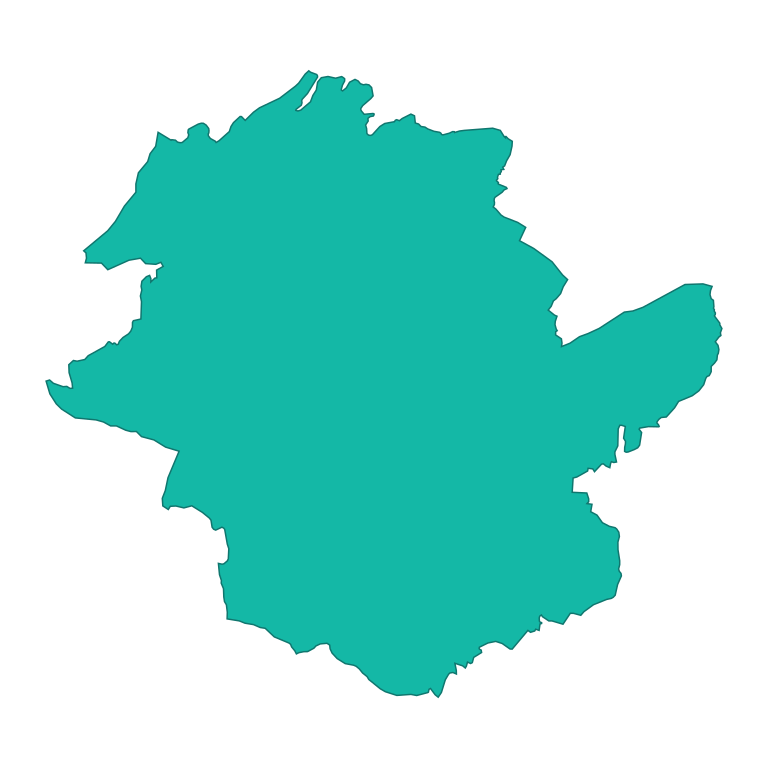 outline of Bughea De Jos, Arges, Romania
{"feature_id": "2599482B13114483704402", "entity_name": "Bughea De Jos", "entity_type": "district", "adm_level": 2, "iso_a3": "ROU", "parent_name": "Romania", "parent_adm1": "Arges", "projection": "mercator", "projection_center": [24.999, 45.275], "detail": "fine", "context": "isolated", "style": "filled", "palette": "teal", "viewbox_px": 768, "rotation_deg": 0, "n_neighbors": 0, "source": "geoboundaries", "source_scale": "gbopen_adm2", "svg_char_len": 6072}
<svg xmlns="http://www.w3.org/2000/svg" viewBox="0 0 768 768"><path d="M438.2,697.2L441.4,692.5L445.3,679.8L448.6,674.2L449.9,673.0L452.9,672.5L456.4,674.0L456.3,670.4L454.9,663.3L462.6,665.8L465.3,668.0L466.4,666.1L467.5,662.1L470.6,663.5L472.3,662.6L473.7,657.4L481.6,652.5L481.2,650.1L479.5,649.2L479.1,648.3L479.4,647.2L487.9,643.0L495.7,641.4L502.2,643.5L510.0,649.0L512.2,649.1L527.9,630.4L530.5,632.3L534.7,631.0L535.7,629.2L539.1,630.4L540.0,624.0L541.6,623.5L541.6,622.6L540.2,622.2L539.4,621.1L539.2,618.0L539.7,616.2L541.4,615.0L542.5,616.7L548.8,620.9L551.9,620.9L563.0,624.2L570.3,613.3L573.4,613.3L580.8,615.3L583.9,611.7L593.5,604.7L606.7,599.4L611.3,598.4L613.2,597.3L615.2,595.2L617.6,584.5L621.4,575.9L621.0,573.4L619.3,571.3L618.6,569.0L619.7,564.7L619.7,560.7L618.0,549.8L617.9,542.1L619.4,536.5L618.8,532.2L616.7,529.0L615.1,527.7L609.3,526.3L602.4,522.7L597.0,515.1L590.7,511.7L592.0,504.3L587.0,503.6L588.7,501.7L588.7,498.9L586.8,493.0L572.2,492.3L573.1,478.0L576.9,477.0L587.6,471.0L588.1,468.3L592.8,468.9L594.5,471.7L601.5,464.2L603.3,463.8L606.1,466.1L609.8,467.7L610.6,463.4L611.4,461.7L613.8,462.5L616.5,462.0L614.9,454.4L614.9,451.8L617.8,445.9L618.2,428.9L619.8,425.3L621.7,425.3L625.3,426.5L623.6,438.2L625.5,441.3L625.4,444.0L624.7,447.3L624.6,451.4L626.1,452.2L628.1,452.0L634.2,449.6L637.7,447.8L639.6,445.2L641.6,432.5L639.1,429.2L639.7,428.1L648.5,426.6L658.8,426.8L659.2,426.4L658.5,424.8L656.9,422.9L657.1,421.7L658.8,419.4L661.2,417.5L666.3,417.0L674.6,407.8L678.6,401.4L692.3,395.7L698.9,390.8L703.7,384.7L705.8,378.3L707.0,376.5L709.2,375.6L710.4,373.4L711.2,371.6L711.2,366.4L714.5,363.1L716.9,359.8L717.4,355.0L718.3,353.4L718.9,349.6L718.0,345.3L715.3,341.8L718.8,337.1L720.9,335.5L720.4,332.8L721.9,328.5L719.8,324.8L719.8,323.2L714.4,315.9L715.2,314.6L715.4,313.0L714.2,311.0L714.4,309.8L713.5,308.2L713.9,306.7L713.4,300.3L711.2,298.7L710.0,294.6L710.5,290.6L712.1,286.4L703.0,283.9L685.0,284.5L643.0,307.3L632.8,311.0L624.3,312.1L599.2,328.4L588.2,333.5L579.5,336.7L570.0,343.2L561.5,346.6L562.0,343.1L561.4,338.8L555.6,334.9L555.7,331.6L557.2,330.7L556.2,329.0L555.0,324.6L555.3,321.3L557.0,316.2L554.6,315.2L548.2,310.1L551.2,306.3L553.4,300.9L556.1,298.8L560.6,293.6L563.2,286.8L567.6,279.6L562.5,274.9L552.1,261.8L533.8,248.5L519.5,240.7L525.7,227.4L517.7,222.4L504.1,217.1L501.0,215.0L495.8,209.0L493.2,207.0L494.4,204.5L494.5,202.3L494.1,200.7L494.3,198.6L495.0,197.3L502.2,192.2L504.1,189.9L507.0,188.6L506.4,187.4L498.4,184.1L498.1,183.5L498.4,182.5L496.5,180.8L496.5,180.1L497.8,178.7L497.5,177.2L498.4,174.4L500.3,174.1L500.3,172.9L501.3,171.6L501.0,169.8L503.8,169.4L502.7,167.2L504.6,165.9L506.6,160.8L510.1,154.7L512.0,146.2L512.3,141.3L508.2,138.8L506.0,136.5L505.2,136.6L505.3,137.6L504.1,136.5L500.3,130.4L492.7,128.2L464.3,130.4L459.6,131.0L454.6,132.5L454.3,131.7L452.6,131.6L449.3,133.2L442.9,134.9L441.6,134.5L440.8,133.1L439.6,132.3L434.0,131.3L427.7,128.9L425.0,127.1L421.0,126.5L418.6,124.0L415.3,123.0L414.5,115.8L410.9,114.1L402.2,118.5L399.4,120.7L396.7,119.7L395.4,120.2L394.4,121.7L384.7,123.5L379.9,126.5L372.5,134.6L371.0,135.4L368.6,135.2L366.9,133.6L366.6,128.5L365.6,125.0L368.2,121.0L367.9,118.7L368.2,118.1L370.2,116.6L373.4,116.0L374.1,114.6L373.9,113.7L372.9,113.5L364.2,114.3L361.5,111.1L360.8,109.7L360.8,108.5L362.7,105.6L370.8,98.6L373.1,95.9L371.6,87.5L369.0,84.9L366.0,84.3L363.4,84.8L360.4,83.7L358.2,81.0L355.0,79.4L349.6,82.2L346.3,87.9L342.6,90.9L341.4,90.2L341.3,89.3L342.5,85.1L344.6,81.1L344.7,79.6L344.6,78.6L342.4,77.0L341.6,76.6L335.6,78.2L328.0,76.5L321.3,77.7L317.6,82.2L316.3,90.1L312.9,95.4L310.5,101.8L300.8,110.1L298.0,111.0L295.8,110.4L296.0,109.4L301.3,105.2L302.0,102.8L301.7,100.7L302.2,99.3L307.4,93.6L317.6,77.0L317.4,75.5L316.7,74.5L310.5,72.2L308.8,70.8L305.2,74.1L298.7,83.1L295.4,86.2L279.7,98.2L259.5,107.8L253.5,112.2L245.2,120.4L241.5,116.6L240.1,116.5L233.5,122.6L231.0,126.5L229.3,131.6L219.1,140.7L216.1,142.5L215.3,141.2L210.4,138.5L208.4,135.9L208.2,133.9L208.8,133.0L209.0,130.6L208.7,128.5L206.2,125.1L203.4,123.3L201.3,123.2L198.2,124.1L188.8,129.1L188.2,129.9L187.9,132.6L188.7,134.9L187.8,137.8L182.2,142.5L180.2,142.7L177.5,142.1L175.5,140.2L171.7,139.7L171.1,140.2L158.1,132.3L155.7,146.3L150.1,153.7L147.7,161.6L138.4,172.8L135.9,183.9L135.9,192.2L124.4,206.1L115.4,221.4L107.7,230.8L83.7,250.8L86.0,252.9L86.5,258.2L85.3,262.8L101.5,263.1L107.8,269.7L129.0,260.2L140.5,258.2L145.6,263.6L155.8,264.3L160.9,262.3L163.2,266.4L156.6,270.1L156.8,277.8L154.9,278.1L150.8,282.0L150.9,278.7L149.6,275.4L146.4,276.7L141.9,281.2L141.1,286.3L141.8,290.0L140.4,296.0L141.5,301.7L140.9,319.0L133.4,320.7L132.5,322.4L132.4,327.3L130.8,331.1L128.6,333.8L123.0,337.5L119.4,341.3L118.2,344.3L116.7,344.8L114.8,343.1L113.8,343.1L112.7,344.2L109.5,341.8L108.3,341.9L104.8,346.5L88.2,355.7L84.8,359.5L77.1,361.2L73.4,360.5L68.8,364.7L69.1,372.7L72.1,382.9L72.6,388.2L70.0,388.4L66.8,386.4L63.1,386.7L53.4,383.3L49.6,380.0L46.1,381.1L49.9,393.9L56.3,403.9L61.6,409.1L75.3,417.9L96.1,419.9L103.5,422.0L110.6,425.9L116.4,425.9L125.7,430.2L130.9,431.6L136.4,431.5L141.5,436.6L153.9,439.9L165.6,447.1L179.1,451.2L168.0,477.7L165.3,490.6L162.3,498.3L162.8,505.9L168.3,509.5L170.3,506.3L175.9,506.0L183.9,507.9L191.8,505.8L202.4,512.4L209.4,518.1L211.0,520.2L212.1,527.2L213.6,529.2L215.7,530.1L221.9,527.2L223.7,528.1L224.7,529.4L227.3,544.1L228.8,548.7L228.3,558.9L227.3,560.9L223.9,563.8L222.1,564.2L218.4,563.4L219.5,574.7L221.4,580.5L221.2,583.1L223.5,588.7L223.8,596.9L224.5,601.6L226.4,604.8L227.3,612.2L227.1,618.9L239.3,620.9L245.0,623.2L253.5,624.6L260.2,627.5L265.2,628.3L274.3,636.9L288.9,643.0L290.6,644.3L291.6,646.9L294.8,650.8L296.4,653.9L298.8,652.7L303.7,651.7L307.6,651.6L313.9,648.2L316.0,645.9L320.3,643.9L327.0,643.3L329.7,645.1L330.1,648.8L332.1,653.1L337.2,658.6L345.2,663.6L353.6,665.2L356.2,666.3L359.4,669.0L362.6,673.0L367.1,676.6L368.8,679.5L380.3,688.8L385.3,691.7L396.8,695.4L411.0,694.4L416.7,695.5L427.7,692.6L428.4,692.2L429.0,689.3L430.5,688.5L435.1,694.7L438.2,697.2Z" fill="#14b8a6" stroke="#0f766e" stroke-width="1.5"/></svg>